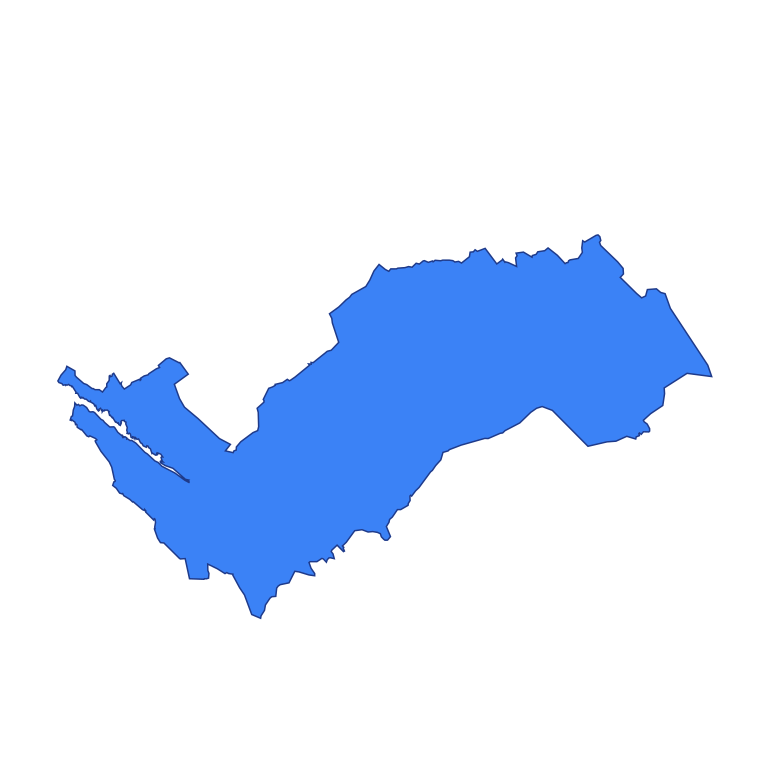 outline of Kvinesdal nor, Vest-Agder, Norway, rotated 60°
{"feature_id": "86288312B37428940692053", "entity_name": "Kvinesdal nor", "entity_type": "district", "adm_level": 2, "iso_a3": "NOR", "parent_name": "Norway", "parent_adm1": "Vest-Agder", "projection": "natural_earth1", "projection_center": [6.911, 58.518], "detail": "fine", "context": "isolated", "style": "filled", "palette": "blue", "viewbox_px": 768, "rotation_deg": 60, "n_neighbors": 0, "source": "geoboundaries", "source_scale": "gbopen_adm2", "svg_char_len": 6165}
<svg xmlns="http://www.w3.org/2000/svg" viewBox="0 0 768 768"><g transform="rotate(60 384 384)"><path d="M218.3,664.9L220.2,664.8L222.7,662.7L224.6,662.5L225.4,660.3L226.1,660.3L225.9,659.6L226.6,658.8L226.7,657.3L228.1,656.9L229.1,655.8L230.2,655.8L230.2,655.1L237.0,654.8L237.9,655.6L238.8,654.0L243.4,654.1L244.5,653.8L244.1,653.0L244.8,653.0L245.3,652.3L245.1,651.5L247.2,650.9L248.4,649.4L251.1,648.6L252.3,647.6L252.1,646.8L252.8,647.1L256.0,645.3L258.5,645.4L258.4,644.4L262.1,645.2L264.6,644.8L264.5,643.8L263.4,643.6L263.3,641.6L265.5,641.8L265.6,641.1L267.2,641.9L266.6,640.8L267.0,640.6L266.7,639.4L267.4,639.3L267.2,638.6L268.4,636.5L270.5,635.9L270.5,636.4L273.8,637.3L273.8,636.8L277.4,636.2L277.3,635.7L282.7,635.6L282.7,635.1L284.8,634.3L284.8,633.6L286.6,633.9L288.0,633.1L286.8,631.4L286.3,631.6L285.9,630.7L285.0,630.6L284.5,629.5L285.6,627.1L286.7,627.5L288.0,626.5L289.5,627.6L293.3,628.1L295.4,629.9L297.6,630.4L298.5,631.8L298.2,630.7L299.4,630.3L299.4,629.0L300.6,628.7L303.7,629.7L305.4,628.6L304.1,628.0L305.2,626.9L307.2,627.2L306.3,626.0L308.4,625.6L308.9,624.0L313.3,624.2L314.4,623.4L317.2,623.4L319.9,621.5L318.9,620.2L319.9,619.4L321.3,619.7L323.3,618.7L328.1,619.7L328.0,619.2L331.4,617.4L331.7,616.7L330.7,615.8L331.9,615.8L331.9,615.3L330.6,614.4L333.1,612.4L336.5,612.1L335.9,613.0L336.1,613.8L339.4,614.5L338.2,615.4L340.9,614.4L339.4,616.5L340.4,616.8L345.2,614.3L351.5,608.9L367.2,603.7L369.1,601.6L369.0,602.8L370.5,601.4L371.6,602.1L372.3,601.8L367.8,604.6L356.5,609.6L344.2,617.5L339.1,618.8L336.0,620.9L326.3,623.9L323.6,625.3L311.2,628.4L306.7,630.7L306.0,632.2L302.9,633.7L302.9,634.2L302.1,633.7L300.4,634.5L299.4,636.0L300.1,635.7L300.1,636.2L298.7,636.2L299.1,636.9L297.2,636.5L297.1,637.1L292.7,638.7L287.0,639.0L286.0,639.4L284.1,643.0L277.5,645.2L275.1,645.5L273.0,646.8L264.0,648.9L262.5,649.9L261.4,652.3L260.3,653.1L255.7,653.3L252.0,655.0L251.0,656.2L250.7,658.4L248.9,658.8L248.8,660.5L245.8,661.2L248.7,663.1L251.2,666.1L255.9,669.7L255.8,671.0L258.3,673.8L259.4,672.9L259.0,672.3L262.6,670.7L264.5,671.3L264.3,670.9L265.7,670.3L268.1,671.3L272.3,669.2L272.3,668.6L280.4,667.3L282.1,666.0L281.8,664.7L286.9,661.1L288.8,660.6L288.9,662.6L290.2,662.8L300.8,662.8L314.1,660.9L319.9,661.4L331.8,665.2L333.3,665.0L333.9,665.6L333.7,666.9L336.2,669.7L340.4,668.0L346.3,667.5L348.2,665.8L348.2,665.1L350.6,665.2L356.8,661.8L360.5,660.7L360.6,660.0L372.0,656.0L373.9,654.6L373.1,654.0L374.8,653.7L375.9,654.4L386.6,651.5L385.8,650.3L386.6,649.9L389.7,651.1L393.4,654.2L394.8,654.6L394.6,655.2L395.0,655.4L404.2,657.1L409.6,656.9L411.6,654.1L432.9,648.3L433.7,647.8L435.8,643.5L455.4,649.8L463.1,637.5L462.8,636.9L463.9,635.2L464.4,633.0L460.5,630.3L457.4,629.8L451.8,626.7L460.7,620.7L468.7,616.5L468.7,614.4L470.4,613.4L473.2,609.9L474.0,610.5L488.3,610.9L496.9,610.3L517.5,613.8L525.2,608.0L523.3,606.4L520.3,600.7L516.1,597.2L512.5,589.9L512.1,587.6L513.8,583.9L507.1,579.0L506.1,576.7L505.9,574.2L508.7,565.7L501.6,554.9L504.2,551.6L511.8,544.5L515.4,539.9L513.5,538.8L507.1,539.3L501.1,538.2L500.9,536.9L504.3,530.9L504.0,525.0L505.2,524.0L509.5,523.0L507.8,521.0L507.1,518.7L507.5,517.5L510.4,514.4L505.6,513.1L502.8,513.5L501.8,512.3L500.1,505.2L508.9,502.9L508.9,501.8L505.7,501.4L505.3,500.5L503.5,501.0L502.2,495.8L496.4,482.7L499.2,475.9L504.2,471.8L506.2,467.5L509.2,463.9L511.8,462.0L515.0,462.7L518.3,461.9L519.7,461.3L521.0,459.0L519.4,454.7L508.6,453.2L506.3,448.9L504.1,446.9L503.4,443.3L499.5,435.2L501.1,432.3L501.1,423.8L499.6,422.7L498.0,419.7L494.0,417.6L493.7,416.5L494.9,416.1L492.3,410.0L491.2,405.5L483.4,387.7L483.0,385.3L480.5,380.1L478.1,372.7L472.7,367.1L474.0,361.9L473.5,360.2L475.5,347.7L481.5,323.9L483.3,321.1L484.8,308.0L485.7,305.7L484.9,302.5L485.6,285.9L481.9,271.0L481.3,264.0L482.6,258.3L491.0,251.4L539.9,238.5L545.6,219.8L549.5,211.7L550.7,199.9L557.5,193.5L555.9,192.0L556.4,188.6L554.4,188.1L554.1,187.3L556.2,186.4L555.1,183.2L557.9,178.6L557.6,177.5L555.5,176.3L550.3,176.1L546.8,177.6L545.1,177.5L543.0,167.9L542.0,153.3L532.7,145.9L527.5,143.3L526.3,116.2L541.4,96.5L529.6,94.2L461.7,98.2L446.3,95.4L443.1,98.6L437.8,100.5L433.9,108.7L438.6,113.4L438.2,117.8L431.9,120.0L409.8,126.1L408.4,121.6L403.4,119.1L395.0,120.6L372.4,127.1L369.0,126.5L368.1,124.5L364.3,123.4L361.9,124.1L361.3,126.0L361.4,139.2L359.3,140.3L365.1,144.7L369.2,146.4L372.4,153.0L369.5,160.9L369.6,162.5L370.8,163.9L370.2,165.4L370.3,167.0L359.2,169.5L348.2,173.9L348.9,178.2L346.4,184.7L347.8,187.5L346.9,191.3L348.2,192.4L339.5,197.3L336.7,204.2L339.5,204.6L340.6,207.0L348.5,210.4L341.1,215.6L339.0,217.7L339.1,218.4L335.2,218.8L335.7,219.7L336.4,226.3L317.1,228.6L315.8,236.8L313.3,238.0L314.2,240.5L312.9,243.5L316.5,246.4L318.0,256.4L315.1,258.1L313.8,261.6L311.6,262.7L309.5,265.4L306.1,271.2L305.6,273.3L302.4,277.9L302.7,280.4L301.7,280.5L300.8,284.8L297.4,287.3L297.0,288.6L297.8,293.4L295.5,295.8L296.9,301.3L294.6,304.0L293.7,307.7L290.6,314.1L290.5,315.7L287.7,320.6L288.8,323.5L285.5,325.6L278.0,328.5L281.1,336.2L286.9,344.3L290.5,351.0L290.3,367.1L291.7,370.5L292.2,374.8L294.7,384.7L295.9,396.1L301.1,396.4L305.3,398.2L325.3,402.4L328.4,412.8L327.3,416.8L330.1,434.7L328.8,436.4L330.4,437.1L328.9,439.3L330.5,439.1L333.5,457.4L334.0,463.4L333.8,464.4L331.6,465.4L332.1,471.1L329.9,478.5L330.8,478.8L330.8,482.0L330.1,486.0L337.0,496.3L338.4,496.2L339.7,497.1L341.6,506.0L345.7,507.1L358.3,513.9L361.2,516.7L360.6,521.7L362.4,536.9L364.7,543.3L367.3,545.0L366.9,547.4L368.0,549.0L362.6,554.8L359.5,547.2L349.0,553.8L320.8,562.4L304.3,568.4L294.4,568.4L279.4,565.7L277.6,548.6L263.3,550.1L263.2,550.8L254.1,556.7L253.3,560.0L255.1,570.1L257.5,570.1L257.0,573.6L257.5,582.4L258.1,583.7L257.1,587.7L257.3,591.8L258.7,592.4L258.9,593.3L257.7,593.1L256.6,601.7L258.1,603.9L258.5,611.4L255.0,612.1L252.5,611.7L251.5,610.7L251.8,612.4L239.6,612.7L239.7,614.3L241.2,615.7L241.0,617.1L239.6,617.0L239.7,617.9L243.5,620.2L245.2,624.0L248.0,625.6L247.9,626.5L250.2,631.8L246.6,633.4L244.4,637.1L242.5,638.2L242.0,639.1L235.9,641.7L233.4,643.8L224.4,646.9L222.2,647.3L218.1,645.1L210.1,649.8L212.5,652.5L214.8,659.2L218.3,664.9Z" fill="#3b82f6" stroke="#1e3a8a" stroke-width="1.5"/></g></svg>